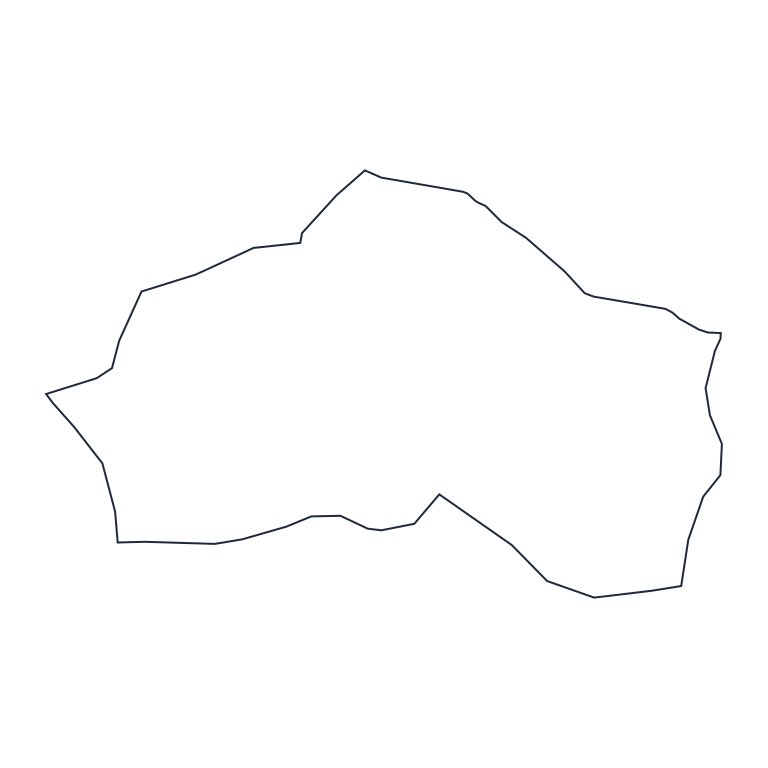 the Municipality of Al Marqab
{"feature_id": "LBY-2966", "entity_name": "Al Marqab", "entity_type": "Municipality", "adm_level": 1, "iso_a3": "LBY", "parent_name": "Libya", "parent_adm1": "", "projection": "mercator", "projection_center": [14.087, 32.352], "detail": "fine", "context": "isolated", "style": "outline", "palette": "slate", "viewbox_px": 768, "rotation_deg": 0, "n_neighbors": 0, "source": "natural_earth", "source_scale": "10m", "svg_char_len": 831}
<svg xmlns="http://www.w3.org/2000/svg" viewBox="0 0 768 768"><path d="M364.9,170.4L381.2,177.6L463.1,191.8L467.4,193.5L475.5,201.0L478.1,202.6L485.6,206.0L501.7,222.1L526.0,237.8L564.6,271.4L584.7,293.2L593.6,296.6L665.6,308.9L672.7,312.8L679.5,318.8L699.0,329.6L707.9,332.5L720.8,333.1L720.5,338.7L714.9,351.0L705.6,388.1L709.9,415.2L721.9,444.0L720.4,475.1L703.2,496.7L688.3,539.7L681.2,586.0L652.1,590.7L594.1,597.6L547.2,581.1L511.7,545.0L439.3,494.4L414.3,523.8L381.4,530.3L367.8,528.7L340.4,515.8L311.3,516.4L286.2,526.7L241.9,539.4L214.8,543.9L144.8,541.8L117.7,542.5L115.1,511.6L102.4,463.4L74.4,427.3L52.5,402.6L46.1,394.0L96.7,378.2L112.0,368.1L119.2,340.7L141.5,291.5L174.5,281.2L195.7,274.6L253.6,247.9L260.5,247.2L300.3,242.9L302.0,233.1L336.4,195.4L364.9,170.4Z" fill="none" stroke="#1e293b" stroke-width="2"/></svg>